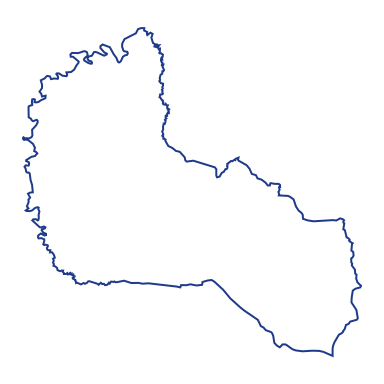 outline of Non Khun, Si Sa Ket, Thailand
{"feature_id": "78962969B12242919423404", "entity_name": "Non Khun", "entity_type": "district", "adm_level": 2, "iso_a3": "THA", "parent_name": "Thailand", "parent_adm1": "Si Sa Ket", "projection": "orthographic", "projection_center": [104.683, 14.916], "detail": "fine", "context": "isolated", "style": "outline", "palette": "blue", "viewbox_px": 384, "rotation_deg": 0, "n_neighbors": 0, "source": "geoboundaries", "source_scale": "gbopen_adm2", "svg_char_len": 5776}
<svg xmlns="http://www.w3.org/2000/svg" viewBox="0 0 384 384"><path d="M332.6,355.9L332.6,348.5L333.2,345.5L334.5,342.2L338.9,334.7L341.7,333.2L343.2,331.7L343.1,331.1L344.7,329.1L346.0,324.9L348.5,324.0L350.2,321.6L356.7,319.8L357.8,318.4L356.4,309.9L351.5,302.5L351.7,297.5L352.8,290.6L355.4,288.7L360.3,287.4L361.0,285.8L357.5,282.4L356.2,278.6L356.5,274.6L355.2,273.6L354.9,269.6L351.8,265.4L352.2,263.6L351.3,262.3L351.2,258.4L352.4,257.6L353.6,255.6L353.2,251.9L351.4,250.6L352.0,244.1L352.7,243.3L349.4,241.2L349.1,240.7L349.7,239.9L349.4,239.3L347.5,237.6L346.6,237.4L344.9,230.2L343.3,229.3L344.3,223.4L343.5,222.8L343.3,221.7L344.1,220.3L343.0,219.3L340.1,218.4L336.3,220.5L333.1,220.1L313.6,221.3L307.8,220.4L303.0,218.8L302.7,214.6L301.3,212.7L298.7,210.7L296.0,206.5L293.6,199.4L290.0,196.8L288.0,195.9L278.8,195.4L279.2,194.0L278.4,192.0L279.6,189.9L279.0,187.5L279.2,186.9L280.1,187.0L280.0,184.9L278.7,183.9L274.9,183.9L271.1,183.2L270.3,183.3L269.9,185.4L267.8,185.5L265.5,182.6L261.5,179.6L257.5,178.4L256.0,175.2L251.8,173.9L249.6,168.9L246.6,165.2L238.5,160.6L238.0,159.5L238.5,157.7L235.6,158.8L235.3,160.1L234.4,159.8L232.4,161.2L231.0,161.0L227.2,164.0L227.6,164.7L227.0,166.1L227.5,166.7L227.2,168.4L226.5,169.1L225.5,169.1L223.7,171.9L221.8,172.8L219.6,176.6L217.0,177.3L216.3,175.6L216.3,169.2L214.8,167.3L193.3,160.7L186.6,161.6L185.3,160.3L184.7,157.3L179.7,151.8L175.9,150.9L172.4,148.0L168.3,146.0L165.3,140.7L165.6,139.6L164.4,138.7L163.4,138.8L163.2,136.2L162.3,135.8L163.3,134.4L162.2,131.5L163.1,129.7L163.1,126.0L163.7,124.2L164.4,124.0L164.1,123.5L164.8,123.5L165.3,122.4L165.6,120.7L164.9,119.9L166.4,118.4L165.6,117.7L165.7,115.7L166.6,115.4L166.4,115.9L167.1,115.9L167.1,113.9L167.8,112.7L168.2,113.3L168.9,113.2L168.7,110.2L168.1,109.9L169.0,109.2L167.2,108.1L167.2,106.6L167.8,105.4L166.8,105.4L165.7,103.9L165.2,104.7L163.4,104.3L162.9,103.4L163.4,102.6L162.6,101.3L162.9,100.5L161.4,99.5L160.4,97.6L159.6,97.3L160.2,94.4L161.9,94.5L162.7,94.0L162.9,93.3L162.3,92.5L162.5,90.6L161.9,89.9L162.8,88.5L162.3,87.0L163.0,85.8L163.1,83.7L160.9,83.2L159.3,81.1L160.1,80.0L159.7,78.1L160.6,74.7L162.2,73.8L162.4,71.2L163.4,71.2L164.0,70.0L162.5,66.7L163.3,64.7L161.9,64.9L162.0,64.3L162.6,64.1L162.6,63.0L161.6,62.1L161.0,60.7L161.1,58.9L162.2,59.5L161.9,57.2L162.7,56.7L162.9,54.6L161.3,53.4L160.0,53.5L159.3,53.0L160.0,51.1L159.3,49.9L159.9,49.4L160.0,48.5L158.5,48.7L157.8,47.1L159.2,45.3L158.3,45.4L157.2,44.6L156.5,47.1L154.4,46.5L155.2,44.3L153.0,43.0L151.4,37.8L152.6,33.9L150.4,32.7L147.3,35.1L146.9,34.1L147.2,32.0L144.1,30.5L144.3,28.1L141.0,28.1L138.0,29.2L135.9,33.3L124.5,39.1L122.2,43.7L122.1,46.7L123.5,50.7L124.4,51.3L127.3,51.8L127.8,53.4L127.0,54.9L124.7,55.5L122.8,56.9L121.0,61.0L119.5,62.4L118.5,62.3L117.9,61.7L116.3,57.7L113.7,54.2L109.8,47.2L102.6,44.5L100.4,46.2L100.4,48.0L104.5,52.6L106.8,53.6L106.8,54.4L104.1,55.7L96.8,52.3L95.1,51.9L93.9,52.2L91.9,55.7L88.5,56.6L87.6,58.0L87.7,59.2L89.0,60.8L91.4,61.4L92.0,62.7L91.8,63.6L90.5,63.7L88.3,63.0L84.2,60.4L84.0,59.4L84.6,58.2L87.4,55.8L87.7,54.9L86.9,52.2L85.5,51.4L84.0,51.2L78.3,53.1L72.0,52.9L70.4,54.5L70.7,56.7L73.1,56.8L78.7,61.6L78.4,63.0L76.6,65.2L74.2,69.6L71.1,72.0L66.4,72.4L67.2,75.0L66.5,76.2L62.5,75.7L59.0,73.4L56.8,73.4L56.3,74.0L57.9,76.2L58.1,78.1L57.8,78.8L54.1,78.5L51.0,79.1L50.0,76.5L47.5,75.9L46.3,76.5L44.7,78.4L40.8,80.3L42.1,85.0L42.0,88.1L39.5,91.7L41.3,93.8L42.0,96.5L45.6,95.7L45.4,98.2L40.4,100.5L38.8,101.8L36.6,102.4L34.5,102.2L34.9,99.6L33.6,99.0L32.2,99.4L31.9,102.1L32.2,105.0L29.0,106.1L28.5,107.1L28.7,117.3L30.9,118.7L31.7,120.2L33.1,121.2L36.7,119.8L37.6,120.7L37.7,122.4L36.1,125.4L32.1,129.7L32.4,135.6L31.5,137.2L28.5,138.6L27.0,138.2L25.1,138.4L23.5,137.3L23.0,138.0L23.1,139.0L24.1,139.9L26.0,139.5L28.2,140.1L33.0,143.9L34.9,147.6L34.2,151.1L36.1,152.0L37.3,153.4L35.0,156.0L31.3,156.9L26.1,160.2L26.2,161.1L28.8,162.2L29.2,164.0L28.6,165.6L25.6,165.4L24.5,166.8L25.6,168.5L26.2,171.7L27.2,172.6L28.7,172.5L29.7,173.5L30.6,180.1L32.1,185.0L32.8,192.3L30.1,192.6L28.0,193.7L30.1,197.6L28.4,199.7L28.7,201.9L26.9,206.4L28.5,208.3L25.7,210.5L26.6,211.0L29.9,211.1L32.1,210.4L35.3,207.8L37.8,207.2L38.7,207.7L38.3,209.2L39.4,211.5L38.6,214.9L38.8,218.1L38.3,220.1L37.7,220.4L35.9,219.2L33.3,219.3L32.3,220.4L39.7,227.2L40.9,227.4L43.9,226.5L45.4,227.3L44.9,228.4L41.9,229.4L41.6,230.1L43.3,232.6L46.0,233.8L46.0,235.1L44.4,235.5L40.9,233.5L38.2,235.5L38.0,237.3L38.6,238.4L41.5,238.2L44.2,239.3L44.3,240.8L43.3,244.4L44.0,245.0L45.6,244.7L47.7,245.3L47.9,246.3L46.9,247.9L47.1,249.3L48.2,250.2L50.3,250.2L50.0,252.4L52.1,252.3L53.9,254.8L54.8,257.7L53.0,258.8L53.8,260.7L53.0,262.6L53.9,264.0L53.5,265.8L55.4,266.5L57.2,268.1L57.5,270.1L60.0,271.2L61.7,270.5L63.1,270.6L62.7,271.8L63.9,273.0L63.9,274.0L65.9,274.0L67.3,273.1L67.7,274.4L69.6,274.2L69.5,273.5L70.2,272.9L70.8,274.0L71.6,273.6L71.6,274.8L72.6,275.1L73.3,274.6L73.6,275.9L74.6,276.3L74.2,277.0L72.7,277.7L72.8,278.6L75.3,279.8L75.4,280.3L74.6,280.1L75.7,281.0L76.1,283.1L77.0,282.7L81.0,284.4L83.7,283.0L85.0,283.8L87.1,282.8L88.1,281.4L89.3,281.2L97.8,283.9L98.6,284.8L100.8,282.8L102.3,284.1L103.9,283.8L105.1,285.2L107.4,284.7L108.3,283.5L109.3,283.7L109.2,282.8L110.0,283.0L111.1,281.6L113.6,281.9L114.4,281.5L115.2,282.1L116.9,282.2L124.0,280.7L131.3,283.0L138.4,282.9L142.5,283.7L148.4,283.3L176.9,286.6L180.3,287.4L181.1,285.1L186.4,285.2L190.4,284.3L196.6,285.5L202.1,284.8L202.5,282.0L207.6,280.5L211.6,280.0L214.4,281.7L223.1,289.7L230.3,298.4L240.3,307.4L244.7,310.9L257.9,319.9L260.8,326.1L263.5,327.5L265.8,330.2L270.8,332.0L271.9,332.9L273.2,335.7L274.3,342.8L276.9,345.6L279.8,347.3L282.6,344.4L285.8,344.5L292.4,349.2L295.7,350.4L302.5,351.3L312.5,350.7L319.3,350.9L323.5,351.9L332.6,355.9Z" fill="none" stroke="#1e3a8a" stroke-width="2"/></svg>